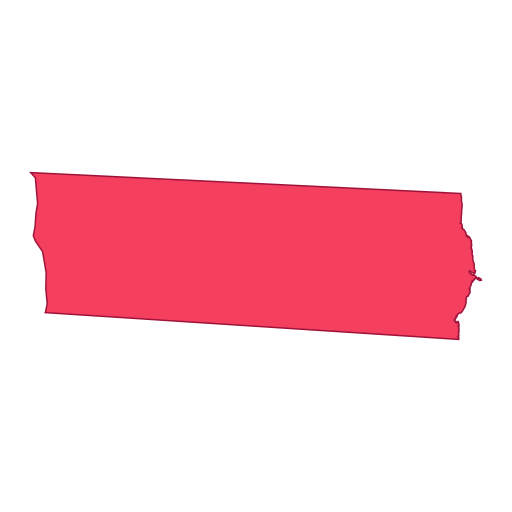 Ngerngesang, Ngchesar, Palau
{"feature_id": "81905179B58942175915190", "entity_name": "Ngerngesang", "entity_type": "district", "adm_level": 2, "iso_a3": "PLW", "parent_name": "Palau", "parent_adm1": "Ngchesar", "projection": "equal_earth", "projection_center": [134.606, 7.453], "detail": "fine", "context": "isolated", "style": "filled", "palette": "rose", "viewbox_px": 512, "rotation_deg": 0, "n_neighbors": 0, "source": "geoboundaries", "source_scale": "gbopen_adm2", "svg_char_len": 3777}
<svg xmlns="http://www.w3.org/2000/svg" viewBox="0 0 512 512"><path d="M45.2,312.6L458.7,339.4L458.8,338.8L458.6,338.6L458.8,338.4L458.8,337.6L458.5,337.2L457.8,336.9L458.6,336.2L458.8,335.7L458.7,334.8L458.4,334.8L458.4,334.3L458.7,334.1L458.6,332.5L458.9,332.3L458.9,331.4L458.5,331.2L459.0,330.6L459.0,330.2L458.7,329.4L459.0,328.7L458.8,328.0L458.9,327.9L458.9,327.4L458.7,326.6L458.4,326.3L458.2,326.4L458.1,326.1L458.9,325.8L458.9,325.3L459.1,325.1L459.0,324.4L458.7,323.8L458.6,323.0L458.3,322.9L458.4,321.9L458.1,321.5L457.6,321.6L457.2,322.7L456.8,322.4L456.7,322.7L456.0,322.7L455.7,322.3L455.7,322.0L455.6,321.2L454.8,321.2L454.8,320.9L454.5,320.5L454.3,320.2L454.5,319.6L454.9,319.8L455.1,319.5L455.1,318.9L455.4,318.9L455.5,318.7L455.8,318.5L455.9,318.2L455.8,317.7L456.1,316.2L456.3,316.2L456.5,316.4L456.8,316.7L457.1,316.3L457.0,315.8L457.2,314.9L459.2,313.0L460.4,313.0L461.0,312.7L461.3,312.3L461.6,312.2L463.2,309.8L464.0,308.4L465.2,306.1L465.3,305.1L465.8,304.1L466.0,302.7L466.2,302.0L466.0,301.5L465.8,301.3L465.6,300.9L465.9,300.7L465.9,300.2L466.4,299.3L466.0,298.3L466.2,297.8L466.7,296.7L467.3,296.6L467.5,296.2L467.8,296.3L468.0,296.3L468.3,295.6L468.5,295.3L468.9,294.7L468.9,294.3L469.0,293.6L469.4,293.5L470.1,292.1L470.1,291.3L469.7,290.8L469.6,290.5L470.0,289.8L469.9,289.5L470.1,289.3L470.1,289.0L469.9,288.4L469.4,288.5L469.4,288.2L469.5,288.0L469.8,287.8L469.9,287.4L470.1,287.1L470.4,286.9L470.6,285.5L471.1,285.1L471.2,283.8L471.3,283.3L471.4,282.9L471.6,282.5L471.9,282.6L472.1,282.3L472.3,282.1L472.2,282.0L472.2,281.7L472.4,280.8L473.3,280.9L473.4,280.5L473.6,280.4L473.7,280.0L474.3,279.6L474.3,279.0L475.1,278.8L475.5,278.2L476.2,278.4L477.1,278.9L478.0,279.5L478.9,279.9L479.3,280.5L481.3,280.3L481.0,279.1L478.9,277.8L478.6,277.7L478.2,277.9L478.0,278.7L476.8,277.9L476.6,277.2L476.1,276.8L475.8,276.5L475.5,276.6L475.2,275.9L474.3,275.2L473.3,274.7L472.5,274.7L472.5,275.1L471.9,274.9L471.6,274.3L471.1,274.0L470.3,273.6L469.6,272.9L469.3,271.6L469.1,271.1L469.5,270.8L470.2,271.1L471.4,272.0L471.4,272.5L471.9,272.3L472.7,272.4L473.2,272.7L473.7,273.7L474.9,273.2L475.5,270.7L475.0,270.4L474.5,270.4L474.5,269.9L474.4,268.0L474.1,267.4L474.2,266.0L474.2,265.7L474.2,264.2L474.0,263.4L473.7,262.6L473.5,262.3L473.4,261.8L473.1,260.9L472.7,260.4L472.9,259.5L472.7,258.6L472.7,257.0L472.8,256.9L472.8,255.8L472.2,254.8L472.1,253.9L472.3,251.9L472.2,251.1L471.8,251.0L472.0,250.3L471.8,249.1L471.6,249.1L471.5,248.7L471.2,248.6L470.9,248.1L471.3,248.0L471.2,247.2L471.5,246.5L471.3,246.0L471.6,245.9L471.7,245.0L471.4,244.2L471.6,243.6L471.1,243.0L471.3,242.5L471.4,241.8L471.2,241.3L471.5,241.2L471.5,240.9L471.3,240.6L471.1,240.7L471.0,240.3L471.0,240.0L470.6,239.5L470.3,238.6L470.0,237.9L469.7,237.5L469.3,237.1L468.7,236.9L468.4,237.1L468.7,236.4L468.1,236.2L467.6,235.8L467.4,235.8L467.1,235.9L467.0,236.1L466.4,236.0L466.5,235.7L466.4,234.6L466.0,234.5L466.0,233.2L465.6,232.3L465.3,232.0L464.9,230.9L464.4,230.6L464.1,230.0L463.7,229.4L463.2,229.3L462.8,229.2L462.8,228.8L462.7,228.7L462.5,228.3L462.4,228.3L462.3,227.7L462.0,227.6L462.2,227.4L462.3,226.9L462.1,225.4L461.9,224.2L461.3,223.7L461.0,223.0L460.7,223.3L460.3,223.4L460.2,222.9L460.7,222.7L460.9,222.4L461.2,221.5L461.3,220.7L461.2,220.3L461.0,219.5L461.2,219.0L461.3,217.8L461.1,216.6L461.6,214.1L461.5,213.6L461.6,213.2L461.6,211.5L461.7,209.7L461.8,208.7L462.0,208.3L461.9,207.6L462.1,206.9L462.1,205.3L462.0,204.0L461.9,203.1L461.4,200.6L461.5,198.4L461.5,196.9L461.1,195.8L461.0,195.3L460.9,195.0L460.9,194.7L461.0,194.3L460.8,194.0L460.8,193.5L30.7,172.6L35.4,177.9L35.7,181.7L37.6,203.5L36.0,213.1L35.0,227.2L33.3,235.8L35.6,241.4L42.6,251.6L46.2,272.9L45.8,288.7L47.2,303.7L45.6,311.7L45.2,312.6Z" fill="#f43f5e" stroke="#9f1239" stroke-width="1.5"/></svg>